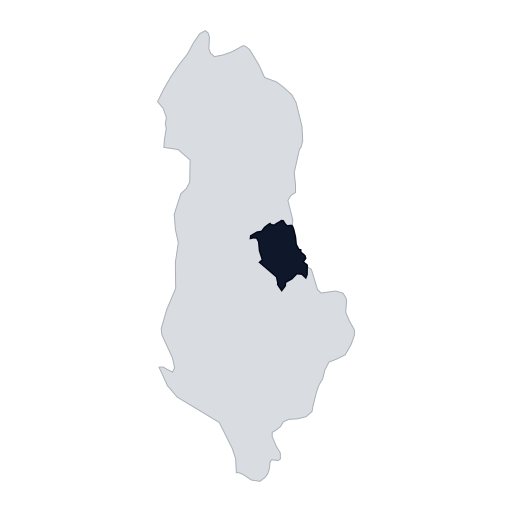 location of Librazhd, Elbasan, Albania
{"feature_id": "67620474B87569046172350", "entity_name": "Librazhd", "entity_type": "district", "adm_level": 2, "iso_a3": "ALB", "parent_name": "Albania", "parent_adm1": "Elbasan", "projection": "albers", "projection_center": [20.392, 41.155], "detail": "fine", "context": "in_parent", "style": "filled", "palette": "ink", "viewbox_px": 512, "rotation_deg": 0, "n_neighbors": 0, "source": "geoboundaries", "source_scale": "gbopen_adm2", "svg_char_len": 2104}
<svg xmlns="http://www.w3.org/2000/svg" viewBox="0 0 512 512"><path d="M163.9,147.4L164.4,139.9L166.3,128.1L165.3,124.1L166.4,117.4L163.1,108.3L157.6,101.7L163.1,90.2L171.1,76.4L178.5,65.4L187.5,54.0L193.4,43.0L199.8,33.6L205.3,30.7L208.0,32.8L209.4,36.9L208.9,49.2L210.8,53.5L214.5,56.6L222.4,55.1L231.2,52.1L243.1,45.7L245.1,46.1L249.5,49.5L258.6,64.4L264.6,77.5L276.6,82.0L283.3,87.1L291.9,94.8L296.1,102.6L302.0,126.5L302.7,140.8L301.0,147.4L299.5,149.1L294.2,172.6L295.5,184.5L295.5,192.4L290.9,195.5L287.9,200.4L292.8,220.0L292.2,228.3L292.4,237.8L301.4,259.6L306.7,266.3L311.4,269.5L317.5,289.5L321.1,293.0L335.8,291.0L343.0,293.2L345.9,297.9L346.6,301.2L345.7,312.4L349.4,321.0L354.4,329.9L354.4,335.3L351.2,344.2L345.3,354.7L337.5,358.7L328.9,362.1L324.8,370.2L322.7,378.8L318.9,385.1L316.5,392.1L312.9,406.3L312.0,411.5L306.1,416.7L297.0,418.9L288.9,419.3L283.3,421.8L280.5,426.6L275.3,430.6L272.2,432.3L272.2,436.6L276.0,445.7L280.3,453.0L280.4,458.9L278.3,460.5L271.6,459.8L270.1,461.9L269.4,468.5L267.6,474.1L264.8,477.6L260.0,481.3L251.3,480.0L243.0,474.4L238.7,472.6L236.3,472.8L235.7,459.0L232.2,448.3L219.3,422.5L177.2,397.1L167.5,385.7L163.2,376.2L159.0,367.2L163.1,367.0L167.2,369.4L172.5,372.1L174.6,367.7L172.5,357.9L161.9,334.9L161.2,328.7L166.7,309.6L175.7,288.3L175.4,262.3L178.3,242.7L175.5,230.0L174.2,214.4L180.8,193.7L186.3,188.6L189.7,182.1L190.1,160.0L178.0,149.5L163.9,147.4Z" fill="#d9dde1" stroke="#a8b0b8" stroke-width="1"/><path d="M264.6,227.4L261.7,231.3L257.0,232.1L250.7,235.8L250.4,238.5L253.4,237.8L256.7,238.0L258.7,241.9L259.5,250.7L262.4,259.8L259.5,262.3L276.5,276.8L277.8,282.7L277.7,284.6L281.7,290.6L285.3,285.8L285.5,282.4L291.9,278.8L296.8,273.7L301.9,274.2L305.8,277.9L307.1,274.4L307.2,265.1L303.2,261.9L305.7,258.3L304.9,255.6L300.9,252.2L300.7,249.7L298.9,249.6L296.2,244.4L295.5,237.1L293.7,229.5L292.8,227.0L291.8,225.5L289.9,225.5L287.3,226.0L285.5,224.3L284.2,222.5L283.3,220.8L281.4,220.5L280.1,221.6L278.0,222.7L275.8,224.0L274.8,225.1L271.1,224.8L270.1,223.5L268.5,224.4L264.6,227.4Z" fill="#0f172a" stroke="#020617" stroke-width="1.5"/></svg>